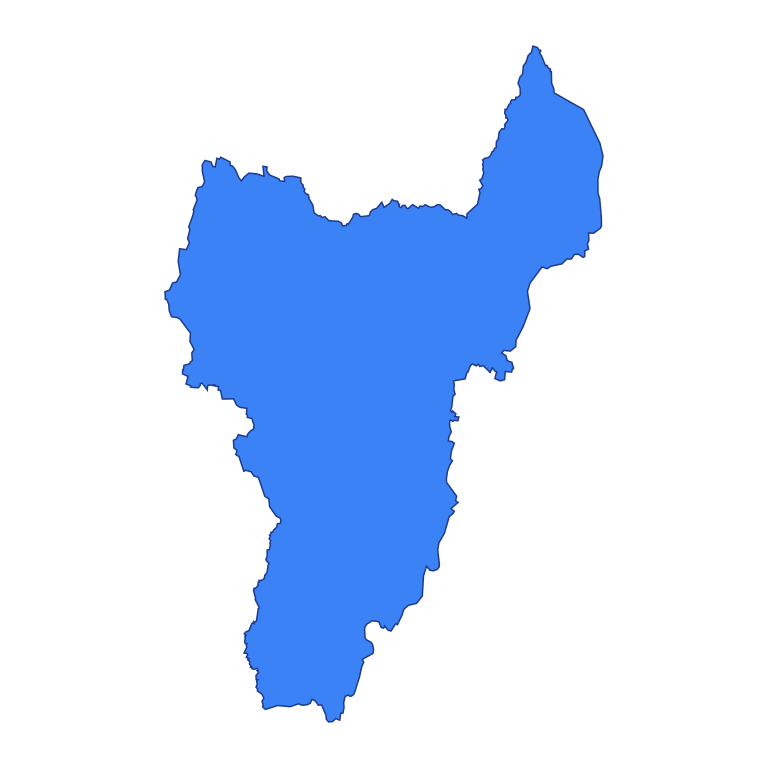 the district of Kut Rang, Maha Sarakham, Thailand
{"feature_id": "78962969B2747980424565", "entity_name": "Kut Rang", "entity_type": "district", "adm_level": 2, "iso_a3": "THA", "parent_name": "Thailand", "parent_adm1": "Maha Sarakham", "projection": "equal_earth", "projection_center": [102.948, 16.039], "detail": "fine", "context": "isolated", "style": "filled", "palette": "blue", "viewbox_px": 768, "rotation_deg": 0, "n_neighbors": 0, "source": "geoboundaries", "source_scale": "gbopen_adm2", "svg_char_len": 6091}
<svg xmlns="http://www.w3.org/2000/svg" viewBox="0 0 768 768"><path d="M265.9,558.9L266.4,561.0L269.1,563.2L268.1,564.9L267.1,572.3L264.7,575.5L264.2,578.6L261.0,580.6L259.0,580.4L259.3,581.7L258.3,582.1L257.8,585.8L255.3,588.5L254.1,588.2L253.5,590.5L255.6,598.5L255.2,599.6L259.4,608.0L258.2,608.8L256.5,620.9L254.7,622.1L253.9,621.6L254.2,623.5L252.8,622.8L251.8,623.6L248.9,630.7L246.2,631.6L244.2,633.8L246.0,635.5L244.8,636.5L245.3,637.8L244.6,641.4L245.2,643.6L246.8,643.6L246.2,644.6L246.8,647.2L244.0,653.0L247.3,653.6L247.6,654.9L246.3,657.2L247.8,657.8L247.7,659.0L249.0,659.0L248.1,660.2L249.7,661.6L249.5,664.1L251.1,666.2L250.7,667.2L251.9,667.0L251.9,668.6L254.1,669.3L256.8,668.3L258.0,670.1L257.0,670.5L258.5,672.6L256.0,675.4L256.2,679.5L257.6,679.7L256.6,680.5L257.2,684.3L256.0,687.2L257.6,688.9L257.3,690.9L261.8,694.1L263.5,697.0L263.7,698.8L262.0,701.1L263.3,705.7L262.6,706.5L263.2,707.6L263.9,708.0L264.6,708.8L265.5,709.4L277.7,705.5L290.2,706.7L298.5,703.8L302.0,705.2L307.0,704.8L310.2,703.3L312.1,699.2L315.4,701.1L318.3,705.2L321.6,704.9L325.9,715.1L326.4,719.4L328.7,721.9L332.6,721.6L335.8,718.5L339.7,720.2L340.8,713.1L343.0,713.1L344.0,707.6L343.7,702.6L345.1,696.4L348.6,695.0L349.6,696.2L351.5,696.1L353.8,694.3L355.1,691.0L359.4,677.3L361.8,666.5L363.7,662.4L362.4,659.3L373.0,653.4L373.6,649.6L372.5,644.4L371.2,642.4L366.3,639.7L365.0,637.5L364.6,627.7L366.8,624.1L372.2,620.8L378.8,621.6L381.2,627.5L383.7,628.1L384.6,626.0L388.0,630.1L391.0,631.0L395.7,623.6L397.4,624.7L402.1,615.0L403.7,609.4L408.5,605.3L416.5,603.4L422.3,596.1L423.5,575.9L426.5,566.3L429.8,570.2L433.2,570.8L437.1,569.5L439.0,567.2L439.4,564.6L437.7,549.9L438.9,542.8L444.4,533.3L449.2,516.7L453.3,513.2L454.3,511.2L450.9,508.6L458.1,502.4L455.6,500.9L456.6,496.1L446.7,482.6L446.3,479.3L447.5,471.2L449.6,465.3L452.5,460.8L450.4,459.1L451.3,451.5L454.3,443.3L452.0,441.5L448.3,441.0L449.1,436.4L451.3,431.9L449.7,426.4L449.6,421.9L450.3,420.0L453.0,421.4L454.2,420.2L457.9,420.8L458.9,417.0L454.6,416.7L455.9,413.9L452.7,411.0L452.3,412.0L450.5,410.9L451.7,407.0L453.0,396.0L455.1,394.4L453.8,389.0L454.4,384.0L453.5,382.5L453.9,380.8L465.1,378.9L466.8,372.8L467.9,372.1L470.1,366.3L472.2,363.8L476.2,365.9L478.3,364.2L479.8,366.5L483.2,365.6L490.1,372.4L492.3,367.9L495.0,371.2L496.7,371.6L494.9,378.6L500.4,380.9L504.6,379.7L505.3,371.6L511.7,372.0L512.1,369.9L513.6,368.3L511.9,362.4L507.3,360.7L505.9,355.7L501.7,353.0L503.8,350.4L510.3,351.1L515.7,346.7L516.1,340.1L523.2,326.5L530.0,308.6L527.4,291.3L530.0,283.1L542.0,267.0L547.1,268.7L550.9,266.2L561.9,263.9L566.7,259.1L571.4,259.0L574.4,254.4L578.4,254.2L583.1,257.4L584.7,256.5L584.8,251.0L588.6,249.0L587.4,243.8L588.9,240.4L588.6,233.1L593.8,233.1L600.4,228.2L601.4,226.1L601.4,218.0L599.7,198.8L598.0,193.1L597.9,178.8L599.4,171.5L601.5,166.3L603.0,155.9L599.8,142.9L583.6,109.6L554.1,92.9L553.8,88.8L551.6,83.1L551.4,71.5L550.3,71.5L550.3,68.9L548.5,68.3L546.9,65.3L545.5,65.7L541.5,55.8L539.4,52.8L540.8,51.4L540.5,50.1L538.8,50.0L537.4,47.5L532.9,46.1L531.4,52.5L528.2,55.4L526.0,62.3L523.3,65.9L522.7,73.9L520.1,76.9L518.0,83.3L520.1,88.0L520.3,94.8L518.2,97.1L515.8,97.3L515.4,99.8L511.7,99.8L510.5,101.7L510.7,103.5L509.2,104.2L506.4,109.7L505.0,109.4L504.8,113.6L506.0,115.5L505.7,117.9L507.2,118.1L508.0,120.3L504.5,124.7L505.2,125.9L504.0,129.1L501.9,128.7L499.1,132.2L498.3,138.8L496.4,141.7L496.1,147.8L494.7,148.2L493.3,151.2L492.0,151.8L490.5,155.7L487.8,157.9L485.1,158.1L482.6,160.0L483.5,162.3L482.5,164.7L483.4,167.0L482.7,169.1L483.8,172.6L481.9,178.7L479.7,180.1L482.8,185.8L481.1,188.6L478.8,189.3L480.0,192.7L477.5,204.2L467.0,213.9L466.8,218.1L462.3,215.5L458.6,215.3L456.5,213.4L452.7,214.5L450.7,211.7L447.8,209.7L445.3,209.7L440.0,204.8L437.0,204.8L434.3,206.8L430.3,207.3L425.2,204.7L423.0,206.5L420.0,206.0L418.7,208.3L412.5,204.6L408.4,208.4L406.7,208.3L405.1,205.4L402.4,205.5L401.2,207.7L399.0,206.6L399.5,204.3L398.5,204.0L397.6,201.2L393.9,200.8L392.2,199.4L389.9,203.3L384.0,207.4L381.8,202.2L376.7,208.3L372.7,209.7L370.3,212.0L369.7,214.8L368.5,215.8L360.6,216.7L358.3,214.0L356.1,213.4L353.3,214.4L353.1,216.6L348.5,224.0L347.2,223.6L346.2,225.5L342.5,225.8L341.5,223.0L338.4,221.3L328.9,220.7L325.0,216.7L322.1,217.5L320.2,215.6L318.4,215.9L314.1,212.9L312.8,205.1L309.1,198.7L308.4,194.7L305.7,193.6L304.1,191.3L304.8,188.9L303.1,187.5L303.2,185.2L300.9,182.8L300.8,177.9L292.8,176.2L286.5,176.5L284.2,177.5L284.5,181.4L279.9,180.9L279.0,178.9L269.8,175.1L266.7,171.0L267.0,166.9L263.0,166.3L264.0,176.3L257.1,173.9L248.9,173.1L244.1,177.1L241.4,180.9L238.9,177.9L235.5,169.9L232.5,166.1L230.2,165.3L230.1,162.0L220.7,157.2L219.4,159.2L216.9,158.3L215.2,167.0L212.9,166.4L210.9,161.9L205.0,160.5L202.3,164.6L202.3,171.2L204.6,181.7L202.2,186.5L197.8,187.6L195.7,193.5L195.3,195.8L196.5,197.1L197.0,200.3L193.2,209.8L193.9,210.8L193.0,214.9L188.7,227.1L189.9,229.5L187.6,238.8L189.4,242.6L186.4,249.6L179.6,248.8L178.2,261.4L180.4,274.7L176.5,282.0L172.6,282.9L169.5,290.1L165.0,291.7L165.4,299.3L166.7,299.4L168.7,304.2L169.3,310.9L171.6,316.8L177.4,317.6L180.0,319.1L190.5,333.1L189.9,341.5L194.1,349.3L191.8,353.1L192.3,360.6L190.3,362.0L189.8,363.7L184.0,365.3L183.3,370.0L182.6,370.0L182.5,373.9L188.0,376.4L186.0,384.0L190.5,385.7L190.4,386.9L191.5,387.3L198.3,387.8L200.3,385.3L200.3,383.8L202.0,383.0L207.3,390.0L207.6,385.7L210.3,384.9L213.5,385.6L213.6,384.8L214.8,384.9L214.8,386.0L218.4,386.5L218.2,390.1L220.6,390.7L222.3,399.0L233.6,398.9L236.6,405.1L240.1,407.4L247.0,408.3L246.3,414.1L247.4,415.1L247.4,417.5L251.8,418.4L254.0,425.3L253.6,429.0L250.5,430.9L247.5,434.4L247.0,436.7L238.3,434.7L236.4,438.9L233.4,440.3L233.9,448.0L237.0,450.4L235.8,454.6L239.0,456.6L243.8,471.3L245.7,470.3L251.2,471.8L253.9,476.0L258.4,477.4L264.8,496.2L268.9,499.0L269.6,506.7L276.3,516.2L280.1,518.1L280.9,520.2L280.4,523.3L277.4,523.7L276.7,527.2L273.6,530.0L272.6,532.2L270.9,532.3L271.0,533.7L269.5,535.2L270.5,536.2L269.1,538.7L270.7,540.6L269.8,543.6L270.4,545.5L269.1,549.8L267.2,549.9L267.1,556.6L265.9,558.9Z" fill="#3b82f6" stroke="#1e3a8a" stroke-width="1.5"/></svg>